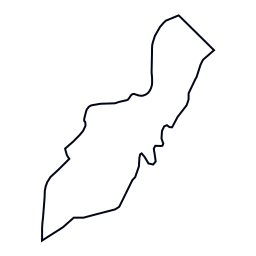 Al Hashwah, Sa`dah, Yemen
{"feature_id": "15242507B74180964049208", "entity_name": "Al Hashwah", "entity_type": "district", "adm_level": 2, "iso_a3": "YEM", "parent_name": "Yemen", "parent_adm1": "Sa`dah", "projection": "equal_earth", "projection_center": [44.261, 16.916], "detail": "fine", "context": "isolated", "style": "outline", "palette": "ink", "viewbox_px": 256, "rotation_deg": 0, "n_neighbors": 0, "source": "geoboundaries", "source_scale": "gbopen_adm2", "svg_char_len": 1701}
<svg xmlns="http://www.w3.org/2000/svg" viewBox="0 0 256 256"><path d="M214.0,50.2L198.5,34.9L192.1,28.6L178.9,15.6L178.6,15.4L165.8,20.7L163.7,22.7L160.1,26.8L154.9,35.9L152.9,42.2L152.2,45.1L152.1,47.2L152.0,49.2L152.0,52.3L151.6,71.7L151.6,72.0L151.7,73.9L151.9,75.5L152.0,77.3L152.1,79.2L152.1,81.0L152.1,82.8L152.0,84.6L151.5,86.6L150.9,88.4L150.2,89.8L149.3,91.3L148.4,92.6L147.2,93.6L146.0,94.4L144.7,95.0L143.0,95.6L141.7,95.8L138.8,95.5L136.3,94.7L134.2,94.0L132.9,94.0L131.6,94.7L130.5,96.0L129.4,97.7L127.9,99.7L126.9,100.1L125.4,100.5L124.0,100.8L122.7,101.1L121.3,101.4L120.1,101.7L118.5,102.1L117.3,102.5L115.9,103.0L115.0,103.2L114.5,103.3L108.7,103.5L100.2,103.8L98.5,104.1L93.3,105.0L91.2,105.4L88.8,106.8L86.6,109.8L85.7,112.9L84.3,118.6L84.2,119.4L84.2,120.3L84.3,121.1L85.0,121.7L85.2,122.1L85.3,122.6L85.4,123.6L85.5,125.1L85.4,125.7L85.3,126.2L83.1,130.9L79.6,135.1L73.2,141.6L65.1,148.6L65.6,150.6L66.8,154.9L67.8,156.7L69.3,158.9L58.4,169.7L50.5,177.0L47.3,182.0L45.7,186.3L44.8,191.1L44.6,197.2L43.1,216.8L42.5,222.1L42.1,227.5L42.1,229.8L42.1,232.4L42.1,234.9L42.1,236.4L42.1,237.9L42.0,240.6L63.0,227.2L73.7,217.7L83.2,217.7L83.8,217.6L96.9,214.1L115.1,209.4L119.2,206.8L122.8,199.6L132.3,180.2L135.2,177.1L138.9,166.4L139.4,157.9L140.1,154.5L141.6,153.4L144.5,156.8L148.5,163.5L153.2,164.5L155.7,161.4L154.6,153.8L154.1,150.8L153.8,148.7L155.3,145.8L160.8,146.0L162.4,145.7L163.3,143.7L161.5,138.5L162.0,130.9L163.4,128.0L164.1,126.4L166.9,125.2L169.5,127.1L172.1,127.3L177.6,116.9L179.5,114.5L186.6,105.3L187.4,103.0L187.6,102.5L188.6,99.3L188.6,93.3L195.5,78.9L196.6,77.0L200.5,64.8L202.1,61.5L203.2,59.6L214.0,50.2Z" fill="none" stroke="#020617" stroke-width="2"/></svg>